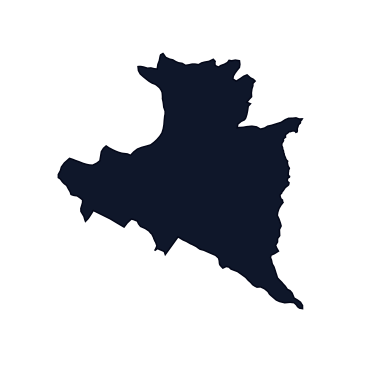 Ainamoi, Rift Valley, Kenya (Natural Earth projection), rotated 75°
{"feature_id": "3690345B54801368411234", "entity_name": "Ainamoi", "entity_type": "district", "adm_level": 2, "iso_a3": "KEN", "parent_name": "Kenya", "parent_adm1": "Rift Valley", "projection": "natural_earth1", "projection_center": [35.277, -0.312], "detail": "fine", "context": "isolated", "style": "filled", "palette": "ink", "viewbox_px": 384, "rotation_deg": 75, "n_neighbors": 0, "source": "geoboundaries", "source_scale": "gbopen_adm2", "svg_char_len": 4663}
<svg xmlns="http://www.w3.org/2000/svg" viewBox="0 0 384 384"><g transform="rotate(75 192 192)"><path d="M230.5,112.3L227.8,109.6L225.6,106.7L224.6,107.0L223.2,106.7L221.7,107.8L220.1,108.0L218.8,108.0L217.8,107.8L217.0,107.2L216.5,105.9L215.1,104.9L214.3,103.6L213.5,102.7L212.7,101.8L211.8,100.7L211.4,99.7L211.0,98.8L210.6,97.8L210.1,96.9L209.3,96.4L208.1,95.9L206.8,96.8L205.6,97.0L203.8,96.2L203.2,95.4L202.9,94.1L202.1,93.7L200.8,94.8L199.6,94.3L198.7,94.2L197.5,93.6L195.7,93.0L194.6,91.9L193.6,91.9L192.4,92.4L190.9,92.5L189.5,92.4L188.2,92.3L187.0,91.6L185.9,92.3L184.5,92.8L182.8,92.9L181.6,93.1L180.4,93.3L178.8,93.1L177.6,93.3L176.6,93.1L175.5,93.0L174.5,93.3L173.5,93.2L172.5,93.0L170.5,93.3L169.6,93.0L168.5,92.8L167.6,91.8L166.1,90.3L165.1,90.3L164.3,89.8L163.8,88.9L163.2,87.4L162.1,87.4L160.6,86.5L160.1,85.1L159.5,83.6L158.7,82.9L159.2,81.8L159.1,80.2L159.1,78.8L159.6,77.3L160.2,76.6L161.3,76.2L161.1,74.9L159.8,74.3L158.5,74.1L157.6,73.7L156.5,72.9L154.6,71.7L153.4,69.5L152.3,69.0L151.3,68.8L150.9,67.6L149.9,66.6L149.2,69.6L147.3,72.3L146.8,75.6L145.8,79.6L146.3,83.2L147.8,87.8L148.0,93.4L148.2,97.9L148.0,101.8L149.0,105.3L149.0,109.6L145.8,112.8L144.1,116.7L143.8,117.7L143.4,120.3L143.1,121.9L142.9,124.1L142.8,125.6L142.3,128.1L141.9,129.8L141.7,131.7L138.3,130.2L136.5,126.3L135.9,122.9L135.1,121.7L134.3,120.9L131.3,119.0L127.9,117.3L123.7,115.5L121.9,112.7L119.5,115.8L117.2,112.7L115.4,109.8L111.6,109.0L107.8,107.4L105.2,105.7L102.9,105.1L101.2,102.3L99.0,103.6L96.8,106.1L93.1,108.5L93.6,112.2L94.9,115.7L96.4,120.6L93.3,123.3L90.6,122.0L88.3,119.7L86.2,117.1L84.0,114.0L81.1,112.7L77.5,112.2L75.8,116.0L75.5,119.9L74.4,122.1L76.1,124.2L77.0,127.7L77.3,131.5L78.2,134.1L75.8,136.9L73.1,136.5L71.8,135.8L69.3,137.1L70.2,141.7L69.8,146.3L69.8,149.3L70.7,152.7L69.2,156.0L68.5,158.8L68.4,159.9L68.4,161.6L68.0,165.5L65.2,168.2L63.7,171.6L62.0,173.8L60.9,174.9L59.4,176.3L57.9,179.2L55.3,182.4L54.5,182.8L51.8,183.7L50.7,184.2L51.4,186.8L52.4,187.5L53.4,188.0L56.7,189.6L59.9,191.9L64.2,193.8L63.7,195.2L63.1,196.7L61.5,199.6L60.9,203.0L58.8,206.3L57.6,208.8L57.1,210.4L56.9,211.7L60.9,212.3L64.6,211.4L68.1,209.1L71.1,206.9L73.9,204.8L76.5,202.3L78.2,199.9L79.3,198.8L80.3,198.1L82.9,196.3L85.7,195.4L87.5,195.1L88.5,195.1L91.7,195.7L92.9,196.0L94.2,196.4L96.5,196.5L97.9,196.6L99.5,196.8L102.7,197.3L106.9,197.0L109.8,197.8L111.8,198.8L114.2,199.7L115.8,200.3L119.8,201.7L123.5,203.4L127.2,205.7L129.9,208.7L132.4,212.4L134.1,215.6L135.8,219.7L135.9,225.1L135.9,229.0L136.4,233.6L138.2,237.9L140.7,241.9L138.6,244.4L137.8,246.3L136.8,248.9L136.3,250.0L134.6,252.8L132.9,255.1L132.0,256.2L130.4,258.1L129.7,258.8L127.9,260.8L125.3,263.0L126.9,266.2L129.6,269.1L138.0,272.9L139.5,276.5L140.4,281.1L139.3,284.2L138.0,286.8L136.1,289.9L133.5,293.4L131.1,296.9L130.2,298.0L129.3,299.3L127.8,301.6L129.2,304.3L130.9,307.7L134.1,311.7L137.4,313.6L140.5,316.6L143.5,317.4L145.4,315.7L148.2,314.7L149.6,314.0L150.8,313.3L153.2,311.4L156.8,310.6L160.3,309.6L163.0,309.5L163.7,308.6L164.7,307.0L166.0,303.9L168.6,301.7L171.3,299.7L174.0,300.5L176.7,302.1L179.1,303.6L182.0,304.3L184.8,303.5L187.6,302.7L190.3,302.7L191.8,302.6L192.8,302.5L191.0,299.5L189.6,297.8L186.7,294.6L184.3,292.1L196.7,278.0L202.9,272.0L208.3,266.7L205.1,262.6L202.4,257.6L203.5,255.6L204.1,254.8L206.0,252.3L208.8,251.9L211.9,250.6L215.1,246.6L218.4,243.7L221.2,242.4L222.1,241.7L226.1,240.9L227.1,240.9L230.2,240.4L231.1,240.1L234.9,239.8L237.5,241.8L238.9,243.2L237.7,239.9L239.6,237.6L240.2,236.8L242.3,234.2L245.5,234.0L231.7,217.1L236.0,213.0L238.2,210.2L241.7,206.7L242.4,205.7L245.9,201.8L246.8,201.2L249.3,199.1L251.3,195.6L253.1,193.4L255.9,189.9L259.3,185.6L262.8,183.4L265.6,183.5L266.6,183.7L268.5,184.0L269.6,183.9L271.1,183.2L273.5,181.9L272.8,178.3L274.1,175.7L276.5,174.3L278.1,172.1L280.6,168.6L284.7,165.2L288.4,162.2L292.0,160.4L293.3,159.5L294.5,158.7L297.2,157.4L299.1,155.7L300.7,153.9L301.4,150.3L304.2,147.0L307.8,144.4L310.6,143.6L311.8,142.9L314.9,140.8L318.1,138.6L320.4,135.8L323.0,131.1L323.9,125.8L325.4,122.0L328.2,120.3L330.1,119.7L332.0,118.2L333.3,115.4L330.1,114.6L329.1,115.0L326.6,115.7L324.6,117.3L323.4,118.3L320.9,120.8L317.9,121.2L316.2,121.4L315.2,121.6L312.6,122.9L310.7,125.1L307.2,126.3L304.0,128.0L302.6,128.6L301.2,129.4L299.7,130.3L297.0,131.7L293.3,131.8L292.4,131.9L289.0,132.0L285.7,132.2L284.7,132.4L282.7,133.0L281.7,133.1L278.8,132.9L277.8,132.9L275.8,133.2L273.5,132.1L272.9,128.4L271.5,123.8L268.1,124.7L265.1,125.1L262.4,122.3L259.1,121.4L256.9,118.6L253.7,117.9L250.9,117.3L247.9,114.7L244.8,114.7L240.6,115.0L236.7,115.7L233.7,114.4L230.5,112.3Z" fill="#0f172a" stroke="#020617" stroke-width="1.5"/></g></svg>